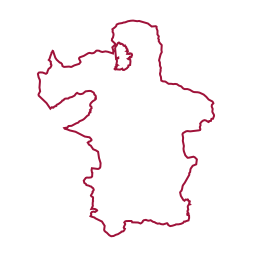 Tanah Datar, Sumatera Barat, Indonesia, rotated 86°
{"feature_id": "22746128B43985885623603", "entity_name": "Tanah Datar", "entity_type": "district", "adm_level": 2, "iso_a3": "IDN", "parent_name": "Indonesia", "parent_adm1": "Sumatera Barat", "projection": "natural_earth1", "projection_center": [100.576, -0.47], "detail": "fine", "context": "isolated", "style": "outline", "palette": "rose", "viewbox_px": 256, "rotation_deg": 86, "n_neighbors": 0, "source": "geoboundaries", "source_scale": "gbopen_adm2", "svg_char_len": 5770}
<svg xmlns="http://www.w3.org/2000/svg" viewBox="0 0 256 256"><g transform="rotate(86 128 128)"><path d="M22.0,109.4L22.1,111.4L21.2,115.4L21.2,117.7L21.5,120.6L22.4,123.5L22.5,125.3L22.9,126.4L23.2,129.9L24.0,132.1L25.5,132.7L26.5,133.8L28.4,136.7L29.8,136.4L31.0,136.7L32.4,136.0L34.1,135.9L36.7,136.7L38.0,137.7L39.6,138.0L42.9,135.0L43.8,134.9L46.4,138.0L50.6,137.1L51.3,137.6L52.6,137.8L50.6,142.7L50.0,145.1L50.4,148.3L49.8,150.0L48.9,151.5L48.6,153.6L48.8,154.4L49.7,155.3L50.8,157.0L51.0,158.8L50.4,161.1L50.6,162.4L53.0,167.1L54.1,171.1L54.9,171.9L55.6,172.0L58.3,170.8L58.9,170.7L60.6,172.2L61.8,177.2L63.0,179.9L63.1,180.6L62.6,182.6L62.6,187.5L61.7,189.0L59.6,189.4L58.2,190.6L58.0,191.5L54.9,194.4L52.8,195.6L46.0,197.4L45.8,197.8L46.7,198.2L47.4,199.0L48.5,199.2L50.4,200.2L53.7,201.5L54.6,202.3L56.4,200.4L57.0,200.6L58.1,200.3L59.0,200.6L59.8,200.0L60.5,200.1L62.3,201.2L63.4,203.0L65.4,204.1L67.5,204.9L68.2,206.1L66.7,209.3L66.4,211.9L66.6,213.2L67.8,214.1L71.3,213.6L73.9,212.6L75.5,212.6L81.5,213.5L85.3,213.1L88.2,214.9L89.5,214.8L97.5,207.5L103.3,204.1L102.0,202.7L102.0,202.2L102.5,201.6L102.5,201.0L101.7,200.3L101.2,199.3L101.2,198.3L100.9,197.9L100.3,197.9L99.6,197.0L99.3,195.9L97.9,193.6L96.9,192.3L96.0,191.6L95.8,190.4L95.2,190.1L94.3,188.6L94.4,185.4L93.6,184.4L93.1,181.6L91.9,179.0L90.2,177.6L89.4,176.3L90.2,175.2L90.9,173.5L90.8,171.8L90.5,170.6L88.5,167.8L88.3,164.2L88.5,162.4L90.3,159.8L91.3,159.3L92.2,159.3L93.4,158.1L94.6,157.9L95.8,158.5L96.1,157.9L96.9,158.1L97.7,159.1L98.9,161.4L100.5,163.2L101.7,164.0L102.7,164.2L103.7,163.9L104.1,163.1L105.7,162.9L107.3,164.5L107.9,164.0L108.6,164.2L108.9,164.8L109.8,164.5L110.3,165.7L112.3,166.3L113.0,167.8L115.8,171.0L116.8,172.7L117.9,176.0L119.1,177.2L119.8,179.5L121.9,184.1L121.9,187.2L123.3,188.4L123.6,191.6L124.3,191.2L125.2,188.6L126.3,186.4L128.1,180.6L133.5,171.7L134.6,167.0L136.5,165.5L137.4,165.2L137.8,165.4L138.9,167.3L138.9,168.1L139.8,169.2L140.8,168.5L141.7,168.3L143.2,166.2L144.0,165.8L143.8,165.6L144.1,165.7L146.8,164.2L148.0,161.7L149.6,159.5L156.0,159.0L161.1,157.8L164.8,158.3L165.7,158.7L166.7,160.1L166.7,161.2L165.6,166.8L167.5,167.3L170.0,167.0L170.2,166.7L173.9,167.2L174.7,168.3L174.8,170.4L174.6,172.7L174.9,173.6L177.4,175.8L179.7,175.4L180.9,173.9L182.0,173.5L182.8,171.1L183.7,169.5L183.9,168.7L185.2,167.7L185.6,167.0L187.0,166.5L187.8,166.7L189.0,167.8L189.8,167.7L192.7,169.7L193.6,169.3L194.6,167.8L195.3,167.7L197.7,168.1L198.4,167.9L199.3,168.3L201.6,168.6L203.2,168.5L206.2,170.2L206.1,168.5L206.6,166.4L207.5,164.9L208.2,164.6L209.5,166.7L209.0,168.2L209.3,169.9L210.5,170.9L212.2,170.7L213.3,171.6L213.8,170.8L215.0,167.6L215.8,166.9L219.5,160.5L224.0,158.1L227.9,158.9L228.8,158.7L230.1,157.6L230.9,156.5L233.7,154.1L234.8,152.3L234.7,149.9L233.7,147.6L233.2,145.4L231.3,141.9L230.9,141.7L230.8,140.2L230.3,139.4L229.3,138.6L228.3,138.1L227.7,138.9L227.1,139.2L225.8,138.7L223.8,137.5L223.4,137.5L222.0,138.3L221.1,137.5L220.7,136.3L221.0,131.1L221.4,130.7L222.4,130.4L223.0,124.5L224.1,122.2L223.8,121.4L222.8,120.1L221.7,119.5L221.1,118.6L220.9,116.5L221.6,115.1L221.9,113.9L221.6,111.8L223.3,109.6L223.8,108.0L224.6,107.0L225.5,105.1L225.4,103.3L226.2,101.7L226.6,99.6L225.7,95.7L226.1,95.2L227.6,94.6L228.8,92.8L228.6,90.7L227.9,87.7L227.5,86.9L227.6,84.1L227.3,81.9L226.6,79.8L225.2,78.5L225.4,77.4L225.0,76.7L224.4,74.1L222.1,73.3L219.4,73.2L218.9,74.8L218.2,74.9L218.0,74.0L217.5,73.7L217.1,74.5L216.3,74.1L216.1,74.4L215.1,74.5L214.2,74.1L213.8,73.6L211.0,73.9L210.2,73.8L208.7,72.8L208.5,71.6L207.7,72.3L207.1,72.0L206.1,72.1L205.8,71.5L205.4,71.5L204.7,72.9L203.6,73.1L203.4,73.4L203.7,74.1L203.4,75.6L204.5,76.7L203.7,77.8L199.4,80.0L196.0,80.5L195.1,80.0L194.3,79.0L192.3,78.2L189.8,77.6L188.6,76.9L186.6,75.2L178.9,70.1L177.4,70.1L176.3,69.1L173.7,68.6L172.8,68.2L170.2,66.1L169.0,62.5L164.1,61.5L161.9,63.4L161.2,64.7L161.9,69.6L161.8,70.7L159.3,72.7L155.1,73.9L152.7,74.1L149.8,73.5L144.7,74.2L141.6,73.7L138.0,74.1L136.9,73.4L135.4,70.4L135.2,69.0L135.7,66.1L135.3,57.4L135.0,56.2L134.2,55.9L132.1,56.3L130.2,55.4L128.7,55.7L126.9,54.2L125.8,52.4L125.5,51.0L126.0,49.6L127.7,47.3L127.6,47.0L126.7,46.5L126.7,44.8L124.7,44.1L124.7,42.6L121.9,41.3L120.7,41.4L118.2,42.6L117.2,42.7L114.9,42.2L112.4,43.0L110.8,42.7L109.3,41.1L108.3,41.4L107.4,42.0L105.2,45.6L102.4,47.7L99.9,50.2L97.7,54.2L97.2,56.0L96.8,59.4L96.3,60.7L94.2,63.7L93.3,66.0L93.1,69.0L92.3,70.3L90.2,72.0L89.2,74.3L87.7,76.1L87.3,78.0L87.4,79.9L87.0,81.3L86.7,84.5L84.5,87.2L84.2,87.8L83.9,90.0L83.0,91.5L79.3,91.6L77.4,92.2L76.0,92.3L73.1,91.4L72.5,91.6L70.4,91.0L68.0,91.8L65.1,91.6L62.6,92.3L57.0,90.4L54.6,89.0L52.6,89.2L48.0,88.6L47.4,88.7L45.8,90.1L43.5,91.3L42.0,91.0L40.9,91.6L38.7,90.9L36.8,92.1L33.0,91.8L30.4,92.6L29.0,92.4L28.4,93.2L28.4,97.3L25.1,100.9L22.0,109.4ZM46.1,125.5L46.6,124.5L47.3,124.1L47.8,124.3L48.2,123.9L48.7,123.9L49.3,123.2L49.8,123.1L50.5,123.6L50.8,122.9L51.3,122.8L51.5,123.6L51.8,123.0L52.6,123.4L53.1,123.2L53.9,123.6L53.9,123.0L54.2,122.7L54.0,121.9L54.2,121.4L53.6,120.8L54.1,120.3L54.1,119.3L55.0,118.9L55.7,118.9L56.3,119.5L57.1,119.7L57.4,120.4L57.2,121.2L58.3,121.7L58.3,121.2L58.5,121.5L58.4,122.2L58.7,122.2L59.0,123.2L59.4,122.8L59.5,121.9L60.2,121.0L61.7,120.9L65.3,121.5L65.7,123.3L67.1,123.5L67.8,124.5L68.3,124.8L69.9,128.0L69.6,129.1L68.4,129.5L69.2,131.9L68.5,136.4L68.7,136.7L68.5,136.9L68.2,136.3L67.9,136.6L67.6,135.7L67.2,135.9L67.1,135.5L65.8,135.1L65.7,135.7L65.3,135.3L64.8,135.3L64.9,134.9L64.3,135.0L64.3,134.2L63.9,134.6L64.0,135.0L63.7,135.1L60.4,134.3L58.5,134.7L57.7,132.8L57.1,132.8L58.0,135.1L47.6,135.3L45.9,134.6L45.0,133.6L42.7,132.3L42.1,131.1L42.5,130.4L43.1,130.4L43.7,129.6L43.5,128.6L44.3,127.3L45.5,126.7L45.5,125.4L46.1,125.5Z" fill="none" stroke="#9f1239" stroke-width="2"/></g></svg>